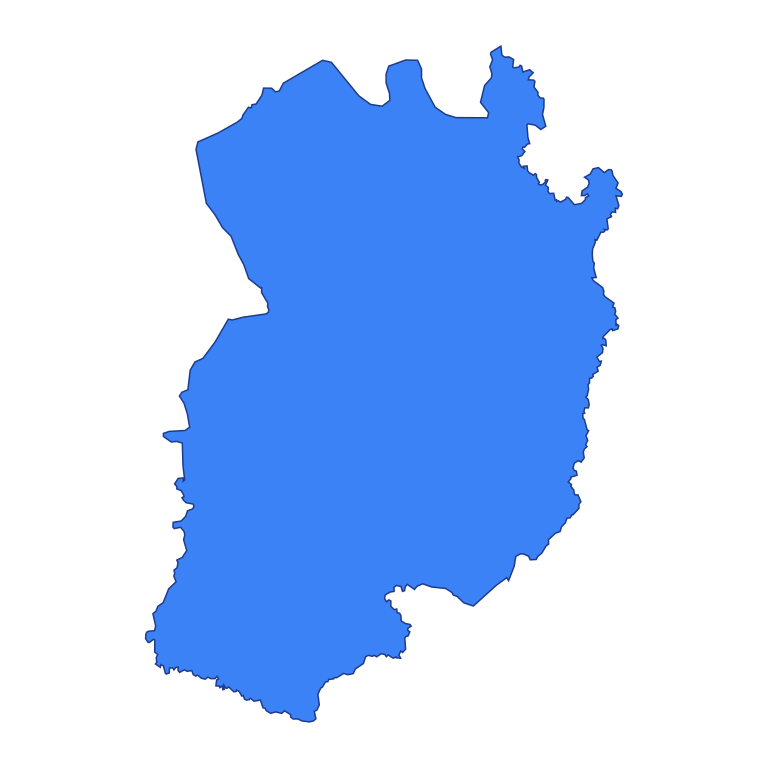 Kita, Kayes, Mali (Natural Earth projection)
{"feature_id": "8926073B18522946307375", "entity_name": "Kita", "entity_type": "district", "adm_level": 2, "iso_a3": "MLI", "parent_name": "Mali", "parent_adm1": "Kayes", "projection": "natural_earth1", "projection_center": [-9.401, 13.202], "detail": "fine", "context": "isolated", "style": "filled", "palette": "blue", "viewbox_px": 768, "rotation_deg": 0, "n_neighbors": 0, "source": "geoboundaries", "source_scale": "gbopen_adm2", "svg_char_len": 6084}
<svg xmlns="http://www.w3.org/2000/svg" viewBox="0 0 768 768"><path d="M176.8,488.9L181.1,490.6L183.6,494.7L184.0,496.6L182.0,497.6L183.7,500.4L186.1,502.7L193.2,504.1L194.0,506.2L192.7,508.9L187.5,510.8L185.6,516.5L181.1,521.0L173.2,522.3L172.9,526.9L174.2,528.6L180.6,527.3L184.1,531.6L184.8,535.0L183.6,539.7L186.7,550.6L182.3,557.4L176.8,560.1L178.0,562.8L177.0,567.8L174.0,570.1L174.7,573.5L173.8,576.0L176.1,581.8L168.7,588.8L163.2,602.6L157.9,606.3L156.0,611.1L152.9,613.7L155.7,626.0L154.5,630.7L148.6,631.2L146.6,632.3L145.8,634.7L145.6,638.7L148.0,642.2L149.1,642.6L153.6,639.3L154.8,640.1L154.7,652.1L157.7,654.4L156.2,657.9L156.8,662.2L155.5,664.0L160.3,667.3L160.9,664.6L163.3,665.8L165.5,673.6L166.5,674.0L169.3,672.9L169.5,668.0L172.9,668.0L173.9,669.9L175.7,667.6L178.1,667.0L178.0,670.5L179.7,672.4L184.4,669.8L187.1,671.3L191.8,670.6L193.3,674.7L195.8,676.1L197.7,675.2L201.2,678.1L205.2,679.2L207.9,677.1L211.0,678.7L215.1,678.6L217.0,676.3L218.6,678.9L216.6,680.0L215.9,685.9L219.5,686.1L219.9,687.6L222.2,686.0L222.9,689.7L224.2,689.4L223.9,685.4L225.7,688.0L227.0,688.4L228.6,686.9L234.0,691.9L236.3,691.3L236.6,690.0L239.4,691.8L241.8,696.1L243.3,695.6L244.5,699.1L246.5,700.1L249.3,699.6L250.3,698.2L254.0,701.2L260.4,700.1L263.0,707.8L265.0,708.2L266.3,710.7L270.7,713.3L275.7,711.9L281.8,713.4L284.4,710.8L290.6,714.6L290.7,717.1L293.1,719.0L298.3,719.0L301.4,720.8L309.2,721.9L313.5,720.9L315.9,718.8L314.3,711.4L316.9,710.1L319.3,704.9L317.9,694.1L320.8,688.0L322.4,687.1L325.5,681.9L327.9,681.6L328.7,679.4L333.6,678.9L334.3,677.6L336.7,677.7L343.7,673.4L347.8,674.7L353.2,673.6L355.3,669.0L363.4,663.5L365.7,656.6L368.3,655.4L372.5,656.3L374.2,655.3L376.6,656.8L381.1,653.8L384.7,654.4L386.4,656.7L388.2,654.9L393.2,658.2L396.2,656.9L396.4,657.8L400.6,658.2L398.9,655.0L400.8,651.0L402.6,652.5L405.6,649.2L404.8,638.1L406.1,636.2L408.0,636.0L409.8,631.8L407.8,630.4L407.8,628.4L411.2,626.1L409.9,624.4L405.3,623.5L401.2,620.8L400.9,615.5L399.6,613.2L397.2,612.6L396.7,609.0L394.3,609.7L390.9,606.4L390.8,600.9L388.8,599.9L386.5,601.8L384.6,598.3L385.2,595.0L389.9,592.1L394.1,591.4L394.0,587.4L396.1,585.5L400.9,586.4L402.5,591.4L404.6,590.7L405.2,587.1L407.1,584.3L414.5,589.4L417.1,586.2L422.7,583.8L431.7,587.0L445.8,588.5L451.8,592.4L453.4,595.1L457.1,596.4L463.9,602.9L473.4,606.0L496.4,585.2L506.7,577.7L508.6,580.6L514.2,566.2L515.8,556.3L520.6,553.8L523.8,554.1L528.6,556.2L530.2,559.8L536.2,559.5L537.6,556.5L541.8,553.1L546.2,545.8L548.7,544.1L548.4,539.8L555.3,533.3L560.1,531.5L561.6,526.6L565.3,522.9L567.0,518.2L570.2,517.8L571.9,514.8L573.0,514.8L579.0,508.3L578.9,504.4L580.9,501.7L577.9,494.8L575.4,495.0L574.3,493.7L573.8,490.1L570.9,486.5L571.5,484.5L568.2,481.9L570.9,478.7L570.9,477.1L577.0,475.3L576.4,471.2L574.1,470.3L573.1,468.0L574.3,463.1L578.2,460.7L581.1,462.1L584.2,458.0L583.3,452.1L584.4,449.0L587.0,446.6L585.7,444.7L587.7,440.3L586.0,435.8L588.6,430.7L587.2,430.0L584.3,419.3L583.1,418.5L582.7,413.7L584.7,413.2L583.9,411.3L584.9,407.8L588.4,407.9L589.2,404.7L588.2,399.5L585.8,397.1L587.2,395.7L588.6,389.3L588.0,384.8L589.5,382.9L589.6,378.2L591.7,378.0L593.3,376.3L592.7,374.5L598.2,371.1L597.0,367.3L600.2,365.2L601.3,361.1L599.5,361.6L596.8,357.2L602.5,352.6L603.0,348.2L601.2,345.4L602.3,344.6L606.2,345.8L605.8,340.1L604.5,338.5L602.9,338.5L603.3,336.5L610.0,329.7L612.1,328.9L612.7,330.7L618.0,328.8L618.7,325.6L616.8,324.2L616.0,325.9L615.9,319.6L618.0,318.2L614.7,314.1L615.7,311.6L614.9,307.9L612.6,306.9L614.0,303.1L605.0,296.7L603.4,294.1L603.9,291.3L602.7,287.7L593.4,280.6L591.8,277.8L596.2,277.5L593.7,268.0L594.3,263.1L592.9,261.3L592.3,254.8L592.6,249.0L595.2,242.7L595.0,239.6L596.8,240.4L600.9,232.2L603.6,232.2L604.9,230.8L604.2,229.4L607.4,229.9L608.2,228.8L606.9,218.9L611.5,216.6L610.4,214.4L612.1,211.9L615.6,212.4L615.3,208.2L617.6,208.8L618.9,205.5L616.0,195.8L621.3,196.4L622.4,194.2L621.1,191.8L616.0,188.3L618.1,183.0L612.9,175.4L612.2,171.3L611.1,169.7L608.5,169.6L604.4,172.6L598.4,167.6L593.1,168.8L590.2,174.1L584.5,177.2L588.5,180.0L589.1,183.4L587.6,187.1L582.1,190.9L581.4,195.6L584.8,195.5L587.3,193.8L588.7,195.8L585.4,197.7L585.4,199.6L581.6,203.4L574.4,204.7L568.1,197.4L566.4,197.2L565.7,199.3L560.4,202.1L558.4,200.8L556.7,201.3L556.6,199.8L555.1,200.0L553.7,193.3L549.4,193.5L548.0,191.2L548.3,187.5L545.5,185.2L547.8,180.0L546.2,179.5L545.2,180.3L545.6,181.8L542.9,184.3L540.1,185.0L538.4,183.8L539.4,182.4L536.6,177.5L536.4,174.5L535.1,173.6L533.5,175.2L529.1,172.6L527.7,171.0L527.1,166.0L523.3,166.2L524.1,168.3L521.4,166.9L518.9,163.0L519.1,159.8L517.6,157.0L521.7,155.7L524.9,151.5L522.3,149.0L522.7,147.2L524.7,147.2L527.6,143.9L529.7,143.7L527.9,137.4L526.9,124.7L528.2,123.8L535.3,125.2L540.8,129.5L545.8,126.2L542.5,114.5L543.9,107.6L544.0,99.3L543.4,98.2L540.3,98.0L537.9,95.2L538.0,92.3L534.0,87.0L534.9,81.3L533.8,80.1L528.3,79.8L529.1,76.9L533.2,72.8L529.7,69.7L522.9,72.0L521.6,66.1L520.1,65.3L519.0,67.1L513.6,67.8L512.7,66.8L513.6,59.5L509.0,56.9L504.7,57.2L501.9,55.1L500.9,46.1L491.1,52.2L490.5,54.1L492.6,59.9L489.8,66.9L491.9,73.6L491.3,78.0L484.6,85.5L480.5,102.3L488.6,112.7L487.5,117.8L455.8,117.6L445.5,114.4L435.2,107.3L425.0,88.4L421.5,77.8L421.5,68.9L417.6,60.3L405.7,60.0L388.8,66.1L386.1,74.1L386.1,82.9L389.5,93.5L389.8,100.4L382.1,106.2L370.5,104.4L358.8,95.8L331.4,62.3L322.6,60.3L283.3,83.2L279.3,91.0L275.4,91.8L271.7,88.2L263.6,88.1L261.9,95.2L256.1,104.0L252.0,104.7L251.3,107.8L248.4,107.3L243.0,115.0L241.9,118.4L237.3,122.1L218.0,133.0L197.9,141.9L196.0,149.3L206.4,203.4L214.7,214.3L222.6,227.7L231.1,236.3L238.2,254.3L243.8,264.6L248.7,278.6L260.5,288.0L261.6,287.6L261.6,292.6L267.9,303.3L267.4,306.2L268.7,309.5L268.4,312.3L266.2,313.9L243.0,317.2L232.2,320.0L228.3,319.2L215.3,341.7L202.9,358.4L194.9,362.0L190.2,370.2L187.9,389.8L181.8,392.3L179.4,396.1L184.0,403.2L187.4,414.1L189.6,427.1L185.2,430.5L169.3,431.4L163.4,433.4L163.4,436.5L171.3,442.0L176.6,441.4L182.3,443.1L183.0,466.0L184.7,480.0L183.2,481.2L183.5,477.9L178.2,478.4L174.6,483.9L176.9,486.6L176.8,488.9Z" fill="#3b82f6" stroke="#1e3a8a" stroke-width="1.5"/></svg>